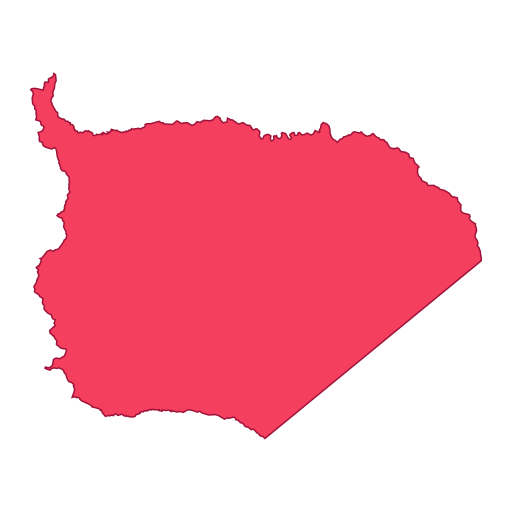 the district of Ñorquín, Neuquén, Argentina
{"feature_id": "61730980B83392374898421", "entity_name": "Ñorquín", "entity_type": "district", "adm_level": 2, "iso_a3": "ARG", "parent_name": "Argentina", "parent_adm1": "Neuquén", "projection": "mercator", "projection_center": [-70.939, -37.623], "detail": "fine", "context": "isolated", "style": "filled", "palette": "rose", "viewbox_px": 512, "rotation_deg": 0, "n_neighbors": 0, "source": "geoboundaries", "source_scale": "gbopen_adm2", "svg_char_len": 5892}
<svg xmlns="http://www.w3.org/2000/svg" viewBox="0 0 512 512"><path d="M53.9,73.5L53.1,76.5L48.5,78.9L48.4,82.4L45.0,82.0L44.3,83.7L44.6,85.8L43.8,87.0L43.2,90.1L35.7,88.4L31.8,88.6L30.7,89.7L32.9,91.9L33.3,93.9L32.2,98.0L32.6,103.2L33.3,104.8L34.7,105.9L34.8,109.0L36.2,110.4L36.0,113.7L36.7,116.6L35.7,119.8L39.9,121.1L41.0,122.5L40.8,123.9L41.6,125.3L43.3,126.0L44.1,127.6L42.2,131.1L38.1,132.6L39.4,136.5L39.1,139.5L39.7,141.5L42.1,142.0L43.2,145.6L45.3,147.1L51.9,149.0L54.5,147.5L56.3,149.5L57.4,157.0L59.1,161.4L58.9,163.5L60.0,164.6L59.9,165.8L60.6,166.9L60.5,168.3L62.2,170.8L64.8,171.3L65.9,172.2L66.5,174.2L69.0,176.9L69.2,181.5L69.7,182.1L68.8,184.3L69.3,185.5L68.8,187.9L69.2,190.7L70.0,192.0L67.4,194.9L68.0,198.5L65.7,201.6L65.8,203.3L64.9,205.2L64.4,207.4L64.8,208.3L64.0,209.4L64.0,210.9L61.2,212.1L59.2,213.9L58.1,213.9L57.0,215.6L59.1,217.2L62.2,218.3L62.7,220.7L64.2,222.2L63.7,227.1L66.1,231.9L66.0,233.8L66.8,235.4L66.0,238.7L64.1,240.2L63.5,242.1L58.5,248.9L54.2,250.3L53.3,251.5L50.3,250.0L47.1,251.4L42.1,257.8L40.1,258.6L41.1,259.2L41.1,261.0L39.7,264.7L38.8,265.4L38.6,266.3L37.7,266.2L36.3,267.4L36.6,268.3L38.3,269.3L38.4,270.7L37.4,271.7L38.8,275.2L38.1,278.1L37.2,279.0L36.5,282.3L33.9,286.6L34.9,289.0L34.5,291.3L35.1,292.4L38.7,294.6L40.0,296.7L42.9,298.5L42.4,302.5L42.7,303.8L44.4,305.9L44.0,308.6L44.8,310.1L48.1,313.3L51.4,314.8L51.9,317.1L53.0,318.9L55.2,319.7L54.1,323.6L54.7,324.2L54.9,326.3L53.5,326.9L49.6,330.7L50.1,333.3L51.6,334.1L53.0,335.9L54.1,336.0L54.5,337.8L56.8,340.8L56.5,344.6L61.4,348.4L65.8,349.0L66.5,350.3L64.6,355.8L59.7,358.7L56.6,358.1L54.8,358.5L53.5,359.6L52.6,364.7L51.5,366.3L49.2,367.8L45.3,367.1L45.1,368.4L49.7,370.2L52.1,368.3L54.4,367.9L56.5,368.4L58.8,367.8L61.8,369.1L63.6,370.6L64.4,373.1L66.1,374.4L66.5,377.0L67.9,380.3L69.3,381.9L71.3,382.3L73.8,384.5L73.4,386.0L74.5,388.7L74.4,390.9L72.1,397.4L75.1,396.7L76.4,397.7L77.3,397.2L79.5,398.0L80.0,399.4L81.6,400.8L89.6,404.5L91.6,405.8L91.8,406.8L99.1,408.7L100.1,409.3L100.2,410.3L101.5,410.1L102.2,412.6L105.4,416.3L108.7,415.6L109.9,415.9L111.3,415.1L113.6,415.6L114.5,414.4L116.1,413.9L117.8,415.4L121.8,414.2L124.6,416.1L126.1,415.7L126.5,416.4L128.1,416.1L129.3,416.8L133.1,417.0L135.1,416.3L135.8,414.9L140.1,413.4L140.0,412.3L141.3,411.7L143.0,411.9L145.1,410.6L146.5,411.1L147.6,410.2L148.2,410.5L150.7,409.3L151.3,410.0L153.3,409.3L154.8,409.9L157.0,409.6L158.6,410.4L159.3,409.8L159.5,410.6L162.0,411.2L162.0,410.2L162.6,409.8L165.3,410.6L169.1,409.9L170.3,411.2L171.5,410.7L171.6,411.5L172.7,410.9L176.9,412.0L180.4,411.5L183.4,412.4L187.1,410.1L190.8,409.9L197.4,412.1L200.0,411.3L201.6,412.8L208.6,415.0L215.1,414.6L218.0,415.3L224.5,419.1L227.6,417.7L228.8,418.3L233.5,417.2L234.7,417.5L235.5,418.3L235.9,419.8L238.1,420.2L240.5,422.7L242.8,423.2L245.2,426.5L248.5,427.4L251.1,429.6L253.7,429.3L257.0,432.9L258.4,433.5L260.2,435.9L262.9,436.5L264.9,438.5L481.1,260.9L481.3,259.0L480.1,250.8L478.6,247.1L477.2,245.8L478.0,243.6L477.1,240.2L475.9,238.8L475.1,236.8L475.0,235.2L476.6,230.8L476.2,227.8L475.2,225.3L475.6,224.0L471.4,221.3L469.5,219.2L469.4,217.9L470.1,216.6L469.4,214.7L463.2,213.1L460.9,211.3L460.7,206.5L461.1,205.1L457.9,201.3L457.3,197.8L451.9,196.5L448.9,193.0L444.3,190.4L439.5,189.2L438.7,187.7L435.0,186.3L434.2,185.4L427.7,185.4L426.9,183.0L421.7,180.7L421.2,178.5L418.7,176.1L417.5,172.9L417.7,168.2L418.9,167.3L418.9,166.7L414.7,162.7L413.1,158.3L409.6,157.7L408.7,154.0L405.5,152.2L400.7,151.5L399.3,149.1L397.7,147.9L393.7,148.7L390.7,148.0L389.1,146.6L386.9,142.5L385.3,141.7L384.0,139.9L382.8,139.5L380.6,140.0L379.3,138.3L376.4,137.0L373.1,133.6L371.8,134.1L370.6,135.4L366.8,136.3L362.9,133.9L361.6,132.1L360.8,132.0L359.8,133.0L354.1,131.8L352.5,132.7L350.3,135.4L348.7,134.8L346.8,136.1L343.4,137.0L342.7,138.5L339.9,139.5L337.3,142.4L335.5,140.5L333.4,139.6L331.7,137.5L330.1,133.6L329.8,129.0L328.8,125.8L326.8,124.0L323.2,122.5L321.2,124.6L320.6,128.0L319.2,130.6L319.9,131.7L319.2,132.6L315.2,130.5L313.2,134.0L311.0,135.1L307.1,133.1L304.1,134.7L301.7,134.9L299.9,132.8L298.9,132.5L298.1,133.1L297.4,135.4L295.9,135.4L295.0,135.4L294.0,132.6L292.7,132.5L290.1,134.3L289.8,135.0L291.3,138.0L290.7,139.2L289.7,139.4L288.5,138.6L285.5,133.5L282.2,132.6L281.4,133.2L281.8,135.7L280.8,138.1L278.8,138.7L277.1,137.4L276.5,135.5L275.1,136.3L274.1,135.8L273.6,136.5L273.9,138.3L273.6,139.8L271.7,141.0L270.3,139.4L270.8,135.9L268.4,134.4L266.1,134.7L263.9,136.0L263.1,138.3L261.5,139.1L259.2,136.1L259.8,132.7L259.6,131.2L256.8,128.8L255.8,128.8L254.0,130.0L252.9,129.7L250.0,125.4L246.8,125.2L243.0,122.6L238.5,124.1L232.6,120.0L229.6,119.6L229.1,118.8L227.5,118.2L227.1,121.8L223.3,122.8L221.0,120.8L220.0,118.1L217.5,116.4L215.5,116.8L212.5,120.3L211.1,120.2L209.9,121.2L209.3,120.7L203.6,120.3L202.9,121.2L201.4,121.3L200.7,122.5L196.9,121.7L194.7,124.3L191.8,125.3L187.4,122.7L183.6,122.9L181.7,123.6L177.3,121.0L176.4,121.1L173.0,124.1L171.3,124.4L163.8,123.9L163.2,122.8L160.3,122.6L159.7,121.5L158.9,121.4L151.1,123.6L146.6,123.8L145.1,124.5L145.2,126.2L144.8,126.9L140.0,129.0L138.8,128.3L132.3,129.2L131.5,128.7L130.9,130.1L129.1,130.1L127.8,131.5L126.3,131.0L126.0,131.8L123.1,132.0L122.1,132.7L117.6,131.0L116.8,130.1L115.9,130.8L111.4,129.3L111.2,129.8L111.9,130.5L110.7,130.8L109.8,132.3L107.5,132.1L108.5,133.1L107.8,133.9L105.3,133.8L103.3,132.4L102.1,133.2L102.8,134.4L102.5,134.8L101.3,134.0L98.7,134.7L96.5,134.3L95.6,135.6L93.2,135.1L92.2,133.7L92.5,133.1L88.2,130.7L87.8,131.5L85.6,130.7L82.2,132.8L80.1,132.1L78.5,133.0L77.8,132.8L77.3,131.1L75.0,130.7L75.0,129.6L73.7,128.5L74.1,127.5L73.7,126.3L72.8,124.9L70.4,124.3L70.3,122.7L69.3,122.7L67.8,121.3L65.4,121.1L64.4,119.3L60.7,118.5L58.7,117.3L57.8,115.9L57.6,112.6L56.1,111.6L52.5,105.4L51.7,102.5L50.7,101.0L52.0,97.3L53.2,96.0L52.8,92.3L54.4,88.2L54.8,84.0L56.1,80.7L55.5,74.7L53.9,73.5Z" fill="#f43f5e" stroke="#9f1239" stroke-width="1.5"/></svg>